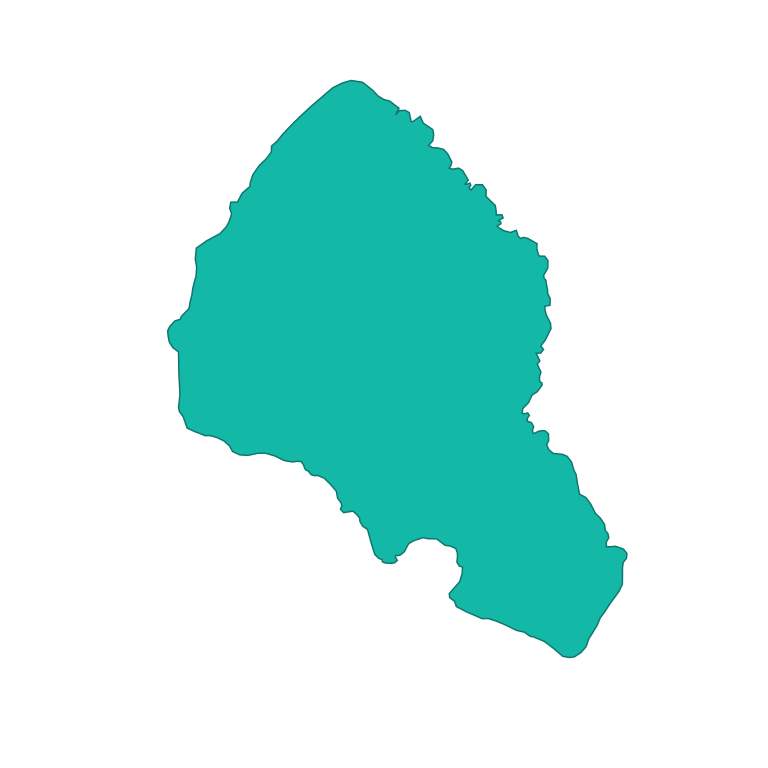 Rumung, Federated States of Micronesia (orthographic projection), rotated 349°
{"feature_id": "79324940B97331149389793", "entity_name": "Rumung", "entity_type": "district", "adm_level": 2, "iso_a3": "FSM", "parent_name": "Federated States of Micronesia", "parent_adm1": "", "projection": "orthographic", "projection_center": [138.155, 9.624], "detail": "fine", "context": "isolated", "style": "filled", "palette": "teal", "viewbox_px": 768, "rotation_deg": 349, "n_neighbors": 0, "source": "geoboundaries", "source_scale": "gbopen_adm2", "svg_char_len": 3847}
<svg xmlns="http://www.w3.org/2000/svg" viewBox="0 0 768 768"><g transform="rotate(349 384 384)"><path d="M451.3,116.2L443.7,107.5L437.8,104.5L433.0,100.0L428.9,93.5L420.5,83.7L409.7,79.8L400.5,80.6L390.6,83.3L382.8,87.6L376.8,91.1L366.6,96.8L352.6,105.5L345.1,110.4L339.6,114.2L331.5,120.1L325.5,125.2L319.0,129.0L317.6,134.8L311.3,140.5L303.4,145.6L295.3,153.4L291.4,160.3L289.9,164.8L286.5,166.5L280.9,169.9L274.9,177.5L268.3,176.3L266.0,182.1L266.9,187.7L265.4,190.7L262.7,195.4L259.1,199.7L251.7,205.1L237.5,209.5L225.7,214.8L222.6,225.3L222.4,233.6L220.1,242.2L216.8,248.7L214.5,253.8L212.2,260.5L209.7,265.6L207.0,272.7L198.1,278.9L196.3,281.6L190.8,282.2L184.7,286.6L181.8,290.5L181.2,296.3L181.3,302.0L183.6,307.9L188.4,313.3L184.2,337.4L182.8,348.0L181.8,355.0L179.1,363.8L177.9,367.3L177.9,372.0L180.6,377.6L181.8,385.8L182.4,389.8L189.6,394.9L193.1,397.0L198.6,400.6L203.6,401.5L209.9,404.7L216.2,409.5L220.5,415.2L222.5,421.4L229.0,426.1L236.8,428.1L246.8,427.9L254.3,429.2L263.0,433.7L271.3,440.0L279.6,443.2L283.6,443.2L287.9,444.4L289.0,446.7L289.6,448.1L290.0,451.6L290.9,453.6L293.1,455.0L295.2,459.1L299.0,461.0L301.0,460.8L307.3,465.0L312.4,472.5L316.7,480.0L316.7,487.3L319.3,492.8L319.3,495.7L317.3,498.6L319.9,502.6L324.3,502.7L329.3,502.9L332.8,507.7L334.4,510.7L334.2,514.5L336.0,519.7L339.9,523.3L340.2,525.2L341.1,537.5L342.5,549.6L345.7,554.3L348.7,555.9L348.5,558.3L351.5,560.1L357.5,561.5L360.4,561.4L363.4,559.8L362.2,555.9L362.7,554.6L365.1,555.1L367.5,554.9L372.1,552.4L377.0,546.2L378.6,545.1L383.3,543.5L392.9,542.3L397.8,544.3L406.2,546.1L413.2,554.0L418.2,555.7L423.1,559.2L423.8,564.2L423.1,567.7L421.6,572.8L423.2,577.2L426.2,578.7L424.5,585.0L420.6,592.5L415.2,596.7L411.6,599.4L408.1,602.2L407.7,606.2L409.7,608.5L411.8,610.7L412.6,616.3L420.8,622.9L435.6,633.1L441.6,634.1L448.2,637.7L456.3,643.0L467.2,651.2L474.5,654.4L476.4,656.5L479.5,659.7L482.2,660.6L492.3,667.3L499.3,675.1L507.6,685.5L513.4,687.7L518.6,688.2L525.9,685.3L532.2,680.5L536.5,673.1L541.1,668.2L547.2,661.5L551.8,654.6L556.6,650.3L564.0,642.7L575.1,632.4L579.8,626.0L581.2,619.2L583.1,609.6L584.8,604.8L588.8,601.3L590.1,596.8L587.6,591.8L583.2,589.1L580.0,587.4L575.2,587.0L571.9,586.3L571.3,586.3L571.9,581.8L575.3,577.8L575.3,573.7L573.3,570.0L573.7,564.0L570.9,557.2L566.9,551.4L563.7,540.4L560.4,533.9L555.0,529.5L554.9,519.4L555.3,509.4L554.0,505.1L553.2,496.4L549.9,489.9L545.7,487.1L536.8,484.4L533.1,479.7L532.1,474.5L534.8,471.2L535.9,464.3L533.2,460.7L529.2,459.9L526.5,459.9L522.3,461.1L520.8,460.5L521.1,457.2L522.8,454.5L521.3,450.0L517.5,447.8L518.0,445.2L520.7,442.5L519.5,439.8L516.4,440.0L514.1,439.5L515.4,434.7L522.3,429.9L527.3,423.1L533.0,420.8L539.0,415.2L539.2,412.9L537.6,411.8L537.4,409.5L538.4,405.7L540.3,402.4L538.2,393.7L541.4,391.1L539.2,382.7L543.7,383.6L547.2,380.5L545.1,376.7L550.6,371.7L558.5,361.5L559.0,356.0L556.5,347.3L556.1,341.5L556.9,338.3L562.0,338.4L563.4,331.6L561.9,326.4L562.5,323.0L562.4,317.5L562.7,313.0L561.4,311.3L561.4,310.3L561.4,307.8L566.8,301.6L568.5,294.2L566.1,289.2L562.2,288.4L561.1,288.2L560.2,286.4L559.8,280.1L561.0,275.4L553.0,268.6L548.9,266.7L546.0,267.3L543.9,264.7L543.2,258.4L537.0,259.4L530.9,256.4L526.7,252.6L525.1,250.6L529.4,249.0L529.4,247.1L527.5,245.5L532.6,243.7L532.1,240.5L526.5,239.3L527.1,235.4L527.3,230.0L523.1,224.0L519.9,219.2L521.3,213.2L518.7,207.2L512.2,205.8L506.5,210.1L504.8,208.0L507.1,205.5L506.7,203.2L502.9,203.8L501.6,203.2L504.8,200.7L505.6,199.8L502.0,189.7L498.6,186.4L492.2,186.2L489.3,184.5L491.9,181.5L492.9,178.8L491.1,172.6L490.4,170.1L487.2,165.0L481.5,162.4L476.9,161.4L474.7,159.4L473.4,158.2L478.3,154.5L480.1,149.6L480.4,147.6L480.4,143.5L475.1,138.2L472.3,135.4L470.7,128.2L462.5,131.9L460.7,131.6L460.6,122.4L456.9,119.4L451.0,118.6L446.9,121.9L451.3,116.2Z" fill="#14b8a6" stroke="#0f766e" stroke-width="1.5"/></g></svg>